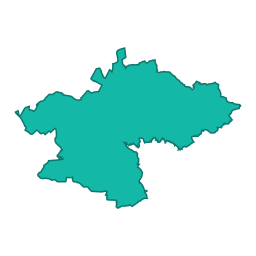 Surduc, Salaj, Romania
{"feature_id": "2599482B26671211995653", "entity_name": "Surduc", "entity_type": "district", "adm_level": 2, "iso_a3": "ROU", "parent_name": "Romania", "parent_adm1": "Salaj", "projection": "orthographic", "projection_center": [23.382, 47.244], "detail": "fine", "context": "isolated", "style": "filled", "palette": "teal", "viewbox_px": 256, "rotation_deg": 0, "n_neighbors": 0, "source": "geoboundaries", "source_scale": "gbopen_adm2", "svg_char_len": 5848}
<svg xmlns="http://www.w3.org/2000/svg" viewBox="0 0 256 256"><path d="M147.2,198.3L146.8,197.6L146.7,195.2L144.7,192.1L146.9,191.2L146.7,190.5L144.9,191.0L142.5,185.4L140.4,182.6L139.6,183.0L139.3,182.8L139.3,181.9L139.0,181.2L141.7,176.6L142.4,172.7L142.3,172.1L141.4,171.3L141.2,170.1L138.9,167.9L137.7,167.4L138.3,165.5L139.3,164.3L137.3,163.9L138.5,162.1L138.7,161.4L138.6,158.7L137.6,157.9L137.7,156.8L137.1,155.5L137.6,153.8L136.2,152.0L133.5,151.7L132.9,150.8L129.4,149.0L128.0,147.8L127.8,147.1L127.5,147.5L126.2,146.0L126.3,145.4L124.3,142.7L125.4,143.1L125.8,142.5L126.3,142.5L126.8,144.1L129.2,145.4L130.4,144.9L130.5,143.9L131.3,144.6L131.9,144.6L133.2,143.3L133.7,144.1L134.6,144.4L136.2,146.0L136.8,145.6L136.6,146.6L137.3,146.7L138.2,147.7L139.1,146.8L139.4,146.1L138.8,143.2L139.7,142.4L140.2,141.4L139.0,138.4L141.4,137.9L141.7,138.4L142.9,138.5L143.3,139.1L144.2,141.8L144.7,141.7L144.7,142.8L145.9,142.4L149.8,142.2L150.1,141.6L150.3,140.6L151.4,141.7L151.5,140.5L152.0,140.0L152.0,139.6L152.4,139.5L152.6,138.3L153.7,138.6L153.7,138.1L154.6,137.5L155.6,137.9L155.8,139.7L156.8,140.1L156.4,140.3L157.5,140.5L157.4,141.4L157.9,141.5L158.0,142.3L158.8,142.3L159.0,141.8L159.7,142.1L160.8,141.1L160.8,140.2L162.5,138.1L162.9,139.4L163.4,139.0L164.1,139.1L164.4,140.6L165.1,141.8L165.2,142.9L165.7,142.7L166.1,141.2L166.8,140.4L168.1,141.4L168.7,141.4L169.2,141.0L169.2,141.6L170.3,141.9L170.5,142.5L171.0,142.3L171.5,142.7L172.0,142.3L173.5,143.8L174.2,143.6L174.2,144.2L174.7,144.8L174.7,145.6L175.6,144.9L177.1,146.4L178.0,147.1L178.5,147.0L178.8,147.4L178.2,147.9L178.5,148.8L178.8,148.9L178.4,149.8L179.4,149.4L180.3,149.8L181.0,149.1L181.9,149.3L181.7,148.4L183.4,146.7L184.3,146.3L185.6,147.0L187.2,146.6L187.2,146.1L189.0,145.4L191.4,143.4L192.8,142.7L193.4,141.8L193.7,141.8L192.7,140.7L192.3,139.4L191.6,138.6L191.8,136.8L193.2,136.3L195.8,136.4L195.6,135.7L196.9,136.4L198.3,136.1L198.3,135.0L199.4,135.0L199.8,134.2L200.8,134.1L201.3,133.2L201.7,130.7L202.2,130.1L202.5,130.1L202.8,130.9L203.4,131.1L204.6,129.6L205.4,129.6L207.5,130.4L210.7,132.9L214.1,132.9L214.9,132.6L215.4,131.9L217.4,130.6L218.0,129.2L217.3,127.6L218.4,127.8L219.7,127.2L221.4,127.7L222.3,125.7L223.4,124.9L223.5,124.2L224.1,123.3L225.2,123.4L225.2,124.2L225.8,123.7L227.7,124.0L229.0,123.4L229.3,122.3L229.8,122.0L229.7,121.4L230.6,121.5L232.2,119.9L231.6,119.5L231.4,118.9L228.9,115.5L230.0,114.0L230.3,114.2L230.8,113.8L232.3,110.4L235.1,109.4L238.5,108.5L239.0,108.6L239.4,107.7L239.3,106.9L239.8,106.0L240.3,106.2L240.6,105.9L239.7,104.7L237.2,104.3L236.2,104.5L235.5,104.0L234.5,104.0L232.7,102.7L229.9,102.7L227.4,101.6L226.4,99.9L226.3,98.3L225.9,97.9L223.3,96.9L220.8,96.5L220.7,93.2L219.3,89.5L218.2,88.5L218.6,85.6L218.4,84.5L216.2,83.4L214.9,82.3L214.1,83.0L210.6,83.9L208.7,84.0L206.9,84.9L206.3,84.5L206.1,83.9L205.3,83.7L202.9,83.8L201.9,84.6L201.0,83.8L200.0,83.8L199.9,82.9L199.4,83.2L199.4,82.6L196.6,81.3L196.1,81.7L195.7,82.9L193.0,85.3L193.5,86.3L194.3,86.8L193.4,87.4L193.6,88.2L193.0,89.3L192.2,89.6L191.1,89.0L190.9,88.0L189.1,86.9L185.6,86.7L184.8,86.1L184.5,85.0L183.9,84.5L183.0,84.5L181.9,83.0L180.2,82.2L179.3,80.5L178.1,80.0L176.2,78.4L175.5,77.1L174.3,75.9L173.3,75.9L172.6,74.9L171.6,74.4L170.2,72.5L169.3,72.0L165.2,71.9L164.0,71.5L162.1,72.1L161.0,71.9L159.5,72.6L157.1,72.0L156.9,71.6L157.4,70.5L156.7,68.0L156.8,65.5L155.1,62.6L155.2,61.6L155.0,59.9L153.7,60.3L152.4,60.2L151.5,60.9L150.0,60.8L147.4,62.9L146.0,62.8L145.0,61.6L144.8,61.0L142.4,61.7L140.5,62.9L139.6,62.8L138.7,64.2L138.8,64.5L133.7,65.0L133.4,64.6L129.0,65.2L126.3,66.7L125.7,68.3L124.7,66.4L124.8,66.1L124.0,65.7L123.9,65.3L123.4,65.1L122.6,64.0L122.4,61.6L121.8,60.2L122.3,59.5L125.8,57.4L124.6,48.0L119.6,49.5L118.0,50.4L117.0,51.4L116.7,53.3L118.0,59.5L117.6,61.5L117.2,62.2L115.1,63.2L112.7,63.8L113.0,65.1L112.8,67.0L113.0,67.5L112.0,72.0L111.8,72.1L110.6,70.4L109.6,69.8L105.4,78.2L103.1,76.9L103.2,76.2L101.5,72.7L101.0,70.4L99.8,68.4L99.4,68.1L96.3,68.9L90.9,78.8L92.5,80.3L94.6,81.4L94.8,81.0L102.0,85.1L98.7,91.5L94.2,92.1L91.2,93.1L88.5,90.8L87.0,91.0L85.9,92.7L82.5,96.4L82.0,97.4L81.0,97.7L81.2,99.6L77.5,100.3L74.4,98.9L71.7,96.6L70.4,96.1L63.9,95.1L63.6,94.4L62.8,94.6L62.2,93.2L60.0,92.5L59.2,92.7L58.0,91.9L56.1,92.0L52.4,94.5L49.3,94.3L45.5,98.0L45.1,99.1L44.5,99.7L42.3,101.3L40.5,101.3L37.6,103.6L36.5,105.0L37.2,105.9L37.5,105.7L35.5,109.8L34.4,110.8L33.5,111.1L33.5,110.7L29.2,109.6L29.0,108.3L29.3,106.4L26.1,107.3L24.5,108.6L20.7,115.4L19.5,115.6L18.3,114.1L18.1,113.6L18.7,113.2L18.1,110.8L15.4,112.1L16.0,113.2L20.6,117.7L24.0,123.9L24.8,126.1L26.0,127.1L25.9,128.6L25.1,130.2L28.0,131.8L30.8,134.2L32.5,134.1L36.5,130.2L38.3,131.2L40.4,133.5L41.3,133.7L43.8,132.8L45.1,134.6L49.3,130.9L50.7,132.4L54.9,128.4L56.1,129.6L56.5,134.7L56.2,137.1L55.8,137.9L55.2,138.2L55.0,139.0L55.2,141.2L56.2,143.3L60.7,147.5L62.3,150.2L61.5,150.7L60.6,150.6L60.6,151.2L59.0,153.5L57.2,155.5L57.4,156.8L59.3,156.6L60.9,157.1L62.5,156.9L59.0,157.5L59.0,159.4L62.8,158.6L62.9,159.1L59.0,159.9L48.6,160.7L47.8,162.7L43.9,165.4L43.8,167.2L41.6,170.6L41.2,171.7L39.0,172.8L37.7,174.8L38.4,176.2L40.6,178.1L42.4,178.6L45.2,178.3L49.0,178.7L51.9,180.2L53.3,179.8L55.5,180.1L57.4,181.7L65.7,181.7L66.7,177.4L70.4,177.7L72.5,177.3L72.6,180.2L73.4,181.7L75.6,181.8L77.4,182.2L77.3,182.6L79.4,182.9L83.7,187.0L87.5,186.8L89.7,189.5L91.3,190.9L91.4,191.3L101.6,191.9L105.3,191.2L106.5,191.2L106.5,192.0L107.0,192.1L105.6,195.1L107.2,195.4L106.8,197.0L107.0,199.6L108.1,199.9L116.2,200.2L116.5,200.5L116.8,201.7L116.3,202.0L116.3,202.5L116.9,203.2L116.6,203.7L116.3,206.5L116.4,207.0L117.6,207.5L117.6,208.0L119.1,207.7L121.5,206.2L123.0,205.9L124.8,206.2L125.8,205.7L128.2,205.7L129.0,205.4L129.5,204.6L132.1,206.4L137.9,202.4L138.5,201.5L140.3,201.0L142.4,199.2L144.5,198.3L147.2,198.3Z" fill="#14b8a6" stroke="#0f766e" stroke-width="1.5"/></svg>